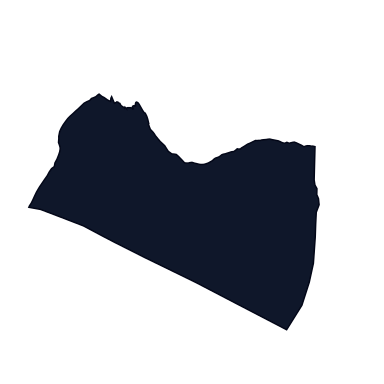 Ataqa, As Suways, Egypt, rotated 293°
{"feature_id": "37247803B89602955599025", "entity_name": "Ataqa", "entity_type": "district", "adm_level": 2, "iso_a3": "EGY", "parent_name": "Egypt", "parent_adm1": "As Suways", "projection": "robinson", "projection_center": [32.387, 29.537], "detail": "fine", "context": "isolated", "style": "filled", "palette": "ink", "viewbox_px": 384, "rotation_deg": 293, "n_neighbors": 0, "source": "geoboundaries", "source_scale": "gbopen_adm2", "svg_char_len": 3698}
<svg xmlns="http://www.w3.org/2000/svg" viewBox="0 0 384 384"><g transform="rotate(293 192 192)"><path d="M248.3,80.8L246.7,80.7L244.4,81.4L243.5,81.6L243.7,78.1L243.9,77.4L244.6,74.3L244.8,71.6L245.8,68.2L244.4,67.3L242.2,66.3L240.4,64.6L238.8,62.9L236.3,62.1L234.0,59.9L231.6,58.0L227.4,56.2L223.9,54.7L221.3,53.4L217.6,51.8L214.0,50.1L211.2,49.0L207.7,48.1L203.6,47.2L199.7,46.7L195.9,46.6L191.2,47.6L189.2,48.5L187.4,49.1L185.4,49.8L183.8,51.3L181.9,52.9L180.3,53.8L177.4,54.5L174.0,54.8L169.5,54.9L165.3,54.5L161.5,55.3L158.7,53.6L154.8,52.8L150.4,52.4L145.8,51.4L140.7,50.4L137.2,49.7L134.3,49.3L131.0,48.9L126.7,48.7L122.5,48.6L118.9,48.4L115.8,47.8L114.2,47.8L114.6,49.6L116.8,59.4L116.8,59.5L117.6,81.0L118.0,92.8L118.4,105.2L118.4,105.3L116.7,124.8L116.3,129.3L116.2,131.3L116.0,133.2L115.4,140.8L113.2,174.4L111.5,207.3L110.2,231.5L106.6,276.8L102.2,332.9L130.7,337.4L154.7,335.2L173.8,331.6L198.8,323.0L211.0,318.3L221.9,314.3L229.4,314.0L230.1,313.9L232.0,312.8L235.2,311.1L237.0,309.3L238.3,307.9L243.9,305.7L246.5,302.4L250.9,299.7L281.8,287.5L281.4,285.1L281.0,284.6L280.5,282.2L279.6,279.9L279.1,279.3L278.4,278.3L277.8,277.9L277.5,277.2L277.5,276.3L277.6,275.7L277.8,274.6L277.9,271.2L278.0,269.0L277.9,266.7L277.0,265.2L276.6,264.7L275.9,263.7L274.9,262.6L274.8,261.3L274.8,259.9L273.8,259.0L273.1,258.4L272.7,256.2L272.7,254.8L272.8,253.5L272.8,253.1L272.8,251.4L272.1,248.1L271.5,245.3L271.1,242.9L270.3,241.4L269.3,239.8L268.0,237.3L266.9,235.5L266.2,234.8L265.6,233.3L264.9,232.1L264.2,230.3L261.1,227.6L259.6,226.3L257.8,224.5L254.4,222.2L251.7,220.2L250.6,219.9L249.4,217.4L249.5,216.9L249.0,216.5L248.2,216.2L246.4,215.2L246.1,215.0L245.5,214.6L245.1,213.8L244.7,213.1L244.1,212.2L243.7,211.8L242.9,210.9L241.2,208.9L240.2,207.8L239.3,206.5L238.9,205.9L238.6,205.6L237.8,204.8L236.2,204.0L234.5,202.8L232.3,200.3L230.3,199.1L229.0,198.7L225.1,195.7L223.1,193.5L222.1,192.2L221.4,190.8L220.8,189.5L220.6,188.8L220.5,188.7L220.2,187.0L220.0,186.0L220.0,185.7L219.9,185.2L219.8,184.5L219.6,183.6L219.5,183.3L219.5,183.1L219.5,182.8L219.4,181.7L219.3,180.9L219.3,180.5L218.9,179.8L218.9,179.7L218.7,179.4L218.2,178.6L218.1,178.4L217.7,178.0L217.7,177.9L217.5,177.7L217.1,177.3L217.1,177.2L216.8,176.5L216.7,176.1L216.5,175.7L216.3,175.0L215.9,173.8L216.5,172.5L216.7,172.1L217.2,170.9L217.3,170.7L218.0,169.2L218.1,168.8L218.5,167.9L219.0,166.8L219.2,166.3L219.4,165.8L219.7,165.0L219.8,164.7L220.0,164.2L220.1,163.7L220.4,162.9L220.3,162.4L219.9,160.8L219.2,158.6L219.2,158.4L219.9,155.5L219.9,155.4L220.1,154.4L220.8,153.3L221.4,152.4L223.0,150.1L224.0,148.7L224.2,148.0L224.3,147.8L224.6,147.0L225.1,145.6L225.7,144.0L226.0,143.0L226.1,142.8L226.2,142.6L226.7,141.8L227.4,140.3L228.1,139.0L228.3,138.7L228.4,138.4L228.5,138.2L228.8,137.7L229.2,136.8L229.4,136.6L229.5,136.2L229.7,135.9L229.8,135.8L230.0,135.6L230.3,135.3L230.3,135.2L230.5,135.0L230.6,134.8L231.1,134.0L231.5,133.3L231.7,133.0L231.8,132.8L232.0,132.3L232.6,131.0L233.1,129.8L233.2,129.6L233.5,129.0L234.0,128.6L234.2,128.4L234.7,127.9L235.2,127.4L235.6,127.0L236.0,126.7L236.3,126.4L236.7,125.9L236.9,125.7L237.1,125.5L237.2,125.4L237.9,125.6L241.7,122.8L244.0,120.8L246.3,118.1L246.3,117.0L247.9,114.5L251.5,109.8L252.9,107.8L253.0,107.0L253.2,106.1L253.0,105.6L252.2,105.3L251.1,105.5L249.0,106.5L248.6,105.9L249.2,105.4L248.8,104.9L248.3,104.3L247.6,103.8L246.8,104.5L245.7,105.5L245.2,105.1L245.4,104.3L245.8,103.7L245.8,103.4L245.8,103.0L245.3,101.8L244.4,99.7L243.7,98.9L242.9,99.3L243.2,98.5L243.9,97.1L242.8,97.1L243.1,96.6L243.8,92.9L245.4,90.9L245.3,89.4L245.8,88.7L245.5,87.5L245.1,87.4L244.7,87.1L243.4,85.9L244.5,84.7L248.3,80.8Z" fill="#0f172a" stroke="#020617" stroke-width="1.5"/></g></svg>